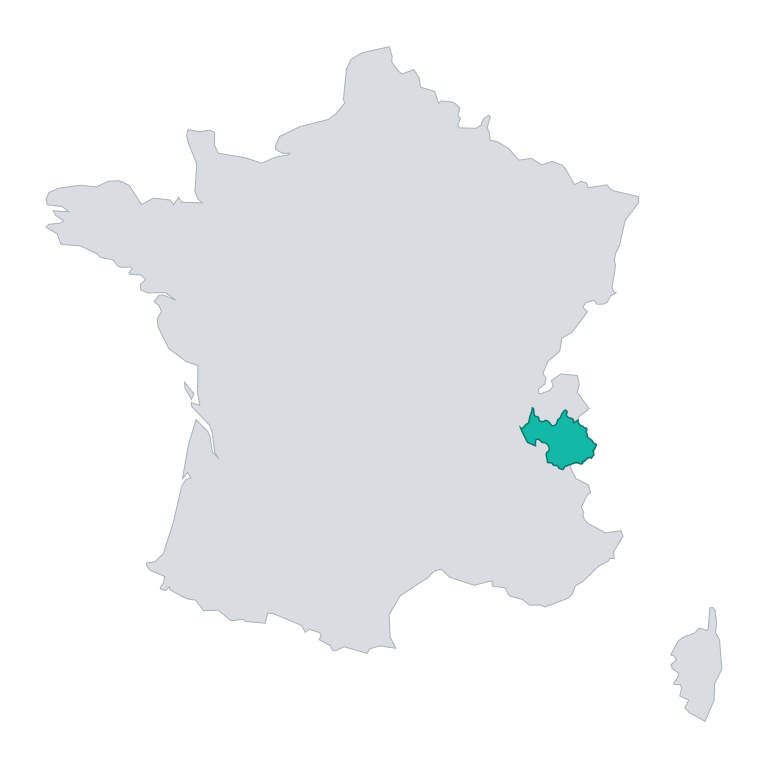 where Savoie sits in France
{"feature_id": "FRA-5341", "entity_name": "Savoie", "entity_type": "Metropolitan department", "adm_level": 1, "iso_a3": "FRA", "parent_name": "France", "parent_adm1": "", "projection": "albers", "projection_center": [6.338, 45.496], "detail": "fine", "context": "in_parent", "style": "filled", "palette": "teal", "viewbox_px": 768, "rotation_deg": 0, "n_neighbors": 0, "source": "natural_earth", "source_scale": "10m", "svg_char_len": 6333}
<svg xmlns="http://www.w3.org/2000/svg" viewBox="0 0 768 768"><path d="M616.2,292.8L610.5,296.0L607.1,302.5L603.5,304.1L597.0,304.2L593.8,300.2L585.9,302.8L582.8,307.0L587.5,311.9L571.9,332.5L561.9,338.0L559.7,351.4L547.9,361.4L543.4,372.0L543.0,374.1L546.0,377.5L544.7,384.4L538.6,388.9L538.7,393.3L540.4,393.9L549.6,390.4L553.2,386.3L551.4,380.7L560.7,373.9L577.3,375.5L579.3,384.6L577.2,392.3L589.3,408.8L578.9,416.6L578.2,421.7L589.2,438.3L596.1,445.2L592.5,456.4L581.0,463.7L573.7,463.2L570.5,465.0L570.9,468.5L576.0,478.6L588.5,485.1L590.5,492.7L587.0,495.5L581.3,507.1L583.9,512.8L582.9,515.3L584.2,519.2L587.6,523.1L605.2,532.8L621.0,530.7L623.1,536.3L613.6,551.6L614.2,558.4L609.3,558.6L608.5,560.9L598.7,566.1L582.9,581.5L575.4,586.0L572.5,593.8L568.1,598.2L545.0,607.0L540.7,605.0L529.5,605.1L522.5,599.5L509.2,595.9L504.9,587.8L492.4,586.1L491.9,580.7L474.2,585.3L449.8,577.3L441.4,569.2L434.2,571.1L427.6,577.9L400.4,595.6L389.1,614.5L390.2,637.0L395.9,648.3L379.6,645.9L369.8,648.8L367.0,653.4L344.1,646.7L335.3,650.9L332.9,650.4L330.2,645.6L319.1,639.6L321.1,636.0L319.7,632.6L309.2,629.3L305.3,632.4L301.7,625.5L272.6,613.4L267.7,613.2L265.1,623.2L245.9,621.5L243.3,619.5L230.8,620.6L218.4,610.2L203.7,610.7L195.6,600.2L187.0,598.8L175.2,592.7L169.9,589.5L169.5,586.6L165.5,590.6L161.0,589.2L160.1,587.8L163.6,582.7L164.8,576.5L150.0,570.3L146.5,565.4L146.7,563.0L155.0,561.7L163.2,553.7L173.2,522.9L181.7,486.1L186.1,479.4L190.9,477.9L187.6,472.4L182.5,478.7L188.4,444.8L196.1,419.6L207.5,431.2L210.0,436.1L212.3,451.7L218.7,458.7L214.7,452.1L212.0,431.4L209.7,425.4L191.7,406.5L191.4,402.6L199.8,405.4L197.5,392.4L197.9,365.5L186.4,361.7L168.8,348.5L158.0,326.7L157.3,319.0L161.5,311.2L159.1,305.8L154.1,301.7L159.0,295.3L162.8,294.9L175.8,300.3L165.5,292.6L147.6,292.9L140.8,289.9L140.1,284.9L145.6,279.3L140.1,274.8L129.9,274.6L128.9,272.8L132.3,268.7L130.0,266.8L121.6,267.5L117.1,265.6L113.3,260.0L100.2,257.3L97.6,254.0L80.1,245.9L61.0,244.4L57.0,233.7L46.1,227.3L48.8,224.4L60.8,223.0L63.4,220.5L55.5,215.2L53.1,210.7L68.6,211.8L62.3,206.5L47.3,204.8L46.2,198.5L48.9,192.6L58.3,188.3L80.6,185.2L96.3,187.0L108.2,181.3L119.4,180.7L129.3,185.4L141.5,204.5L153.6,198.1L170.3,200.1L173.4,204.8L178.7,197.3L181.9,202.3L202.5,202.8L198.1,199.2L194.9,191.4L196.8,164.0L188.4,143.1L186.6,135.6L187.9,129.6L199.8,131.9L210.0,130.1L214.6,132.5L214.6,145.3L218.1,153.1L245.8,157.9L261.6,163.2L275.7,157.1L288.7,154.8L289.8,153.2L282.5,153.3L276.0,149.7L275.4,146.2L279.6,136.4L299.7,126.8L328.5,119.4L336.1,113.6L345.0,102.8L343.4,99.8L346.4,69.2L351.1,59.3L362.1,52.7L389.3,46.7L392.2,56.6L391.7,62.1L398.5,71.1L401.9,73.9L413.9,69.7L419.2,78.0L420.5,87.1L434.7,91.4L438.5,103.4L441.1,100.9L450.1,101.7L454.3,102.8L459.9,108.1L458.0,115.2L460.4,118.7L457.8,125.1L459.5,127.9L476.0,128.3L481.0,125.5L483.4,119.0L488.5,115.3L490.3,116.5L487.0,128.6L489.2,131.8L490.2,140.5L496.5,141.3L508.6,148.5L518.8,160.1L531.5,158.4L541.5,164.8L552.0,161.5L561.7,165.0L565.2,168.4L574.4,184.6L581.5,181.3L586.5,183.1L588.1,187.8L606.9,184.8L610.4,189.3L614.3,191.0L638.3,196.6L638.7,202.7L625.2,220.3L619.6,245.1L615.6,253.7L614.2,260.1L615.4,264.4L614.8,271.1L612.0,287.2L613.8,291.9L616.2,292.8ZM716.5,622.4L715.5,632.6L719.5,639.8L721.9,669.0L714.7,683.4L714.0,700.6L705.0,721.3L689.5,712.7L684.8,707.9L688.7,700.0L679.8,696.0L681.6,688.4L680.6,684.7L674.4,684.5L674.0,682.5L678.4,676.5L678.2,672.9L672.2,668.6L671.0,664.6L676.5,659.9L673.8,655.9L670.7,655.0L677.9,641.4L683.0,637.2L694.6,633.1L699.2,628.0L706.9,630.4L708.2,629.1L709.9,607.9L712.6,607.5L715.1,610.2L716.5,622.4ZM193.8,393.5L191.5,399.4L185.0,388.2L184.6,382.4L193.8,393.5Z" fill="#d9dde1" stroke="#a8b0b8" stroke-width="1"/><path d="M592.2,440.7L592.5,441.2L592.9,442.1L593.3,442.8L593.9,443.3L596.0,444.2L596.4,444.5L596.4,445.4L595.9,446.4L594.9,448.3L593.4,450.2L593.1,450.6L593.4,452.6L593.9,454.0L593.9,455.1L592.6,456.2L591.7,457.9L591.4,458.2L591.1,458.1L590.5,457.4L590.1,457.2L588.4,457.7L586.7,458.5L586.0,459.2L585.2,460.7L584.5,461.3L584.0,461.4L582.9,461.4L582.5,461.6L582.3,462.2L582.5,462.6L582.8,462.9L582.7,463.3L581.1,464.1L579.3,463.5L577.5,462.5L575.8,462.3L575.4,462.4L574.6,463.1L574.1,463.4L573.8,463.4L572.9,463.4L572.4,463.5L570.7,464.5L569.0,464.8L567.2,465.9L566.7,466.1L565.2,466.0L564.8,466.2L564.6,466.6L564.5,467.1L564.3,467.7L564.0,468.3L563.3,469.2L562.8,469.5L562.3,469.5L559.0,468.3L558.7,468.0L558.5,467.5L558.3,466.6L557.9,466.1L557.2,465.7L556.0,465.5L554.8,465.5L554.1,465.4L553.6,465.2L552.8,464.6L552.3,463.3L550.9,462.8L548.1,462.6L547.6,462.5L547.4,462.0L547.3,459.8L546.2,455.1L546.3,453.8L546.8,452.5L547.7,451.7L548.5,451.1L549.1,450.3L549.3,448.8L549.0,447.0L548.1,445.4L546.0,443.0L545.5,442.8L542.0,442.4L539.1,439.6L538.2,439.3L537.3,439.2L536.5,439.4L535.7,440.1L535.6,441.0L535.4,444.6L535.5,445.8L528.0,442.6L527.2,441.8L521.6,430.5L520.5,427.6L521.5,428.4L522.5,428.3L523.4,427.5L525.1,425.4L526.0,424.5L527.0,423.8L527.3,423.8L527.5,423.7L527.8,423.6L528.0,423.4L528.2,423.2L528.3,423.1L528.4,422.9L528.5,422.7L528.6,422.4L528.7,422.1L528.8,422.0L528.9,421.8L528.9,421.7L529.0,421.5L529.0,421.3L529.0,421.1L529.1,420.8L529.2,420.6L529.2,420.4L529.2,420.2L529.3,420.1L529.3,419.9L529.3,419.7L529.4,419.3L529.4,419.1L529.4,418.8L529.4,418.6L529.4,418.4L529.5,418.3L529.5,418.1L529.5,417.9L529.9,416.8L530.3,415.4L531.9,410.8L532.3,408.4L532.3,408.0L533.1,408.2L533.6,409.1L534.1,414.1L534.3,415.2L535.0,416.0L535.9,416.4L537.7,416.7L538.5,417.3L538.7,418.0L538.9,419.4L539.2,420.1L539.6,420.6L540.1,421.0L541.2,421.5L542.3,421.7L543.5,421.6L543.9,421.4L544.6,420.7L545.0,420.5L546.6,420.5L548.1,421.3L549.4,422.5L551.7,425.6L552.3,425.8L553.6,425.7L554.8,425.3L555.9,424.4L556.8,423.0L557.7,420.1L557.8,419.7L560.1,417.9L560.7,417.0L561.7,414.2L562.3,413.0L564.7,410.3L565.2,410.2L565.8,410.3L566.3,410.6L566.8,411.1L567.0,411.4L567.1,411.7L567.0,413.0L566.5,413.8L566.2,414.7L566.7,415.9L568.2,417.4L569.1,417.9L571.4,418.2L572.9,419.0L573.7,420.5L573.3,422.6L574.4,422.7L577.9,420.1L577.9,420.4L578.5,423.3L579.5,424.8L580.8,425.8L582.1,426.0L582.7,426.2L583.8,427.3L584.5,427.8L586.1,428.2L586.7,428.6L587.0,429.7L586.9,430.1L586.3,431.3L586.2,431.9L586.3,432.4L586.8,433.2L587.0,433.7L587.3,436.6L587.7,437.6L589.9,438.9L592.0,440.4L592.2,440.7Z" fill="#14b8a6" stroke="#0f766e" stroke-width="1.5"/></svg>